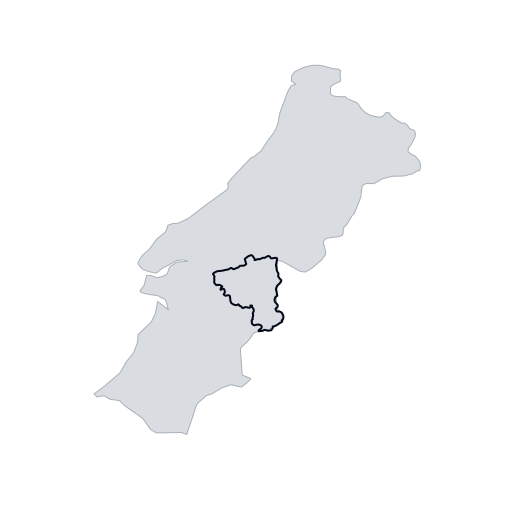 Portalegre highlighted on a map of Portugal, rotated 30°
{"feature_id": "PRT-747", "entity_name": "Portalegre", "entity_type": "District", "adm_level": 1, "iso_a3": "PRT", "parent_name": "Portugal", "parent_adm1": "", "projection": "orthographic", "projection_center": [-7.639, 39.223], "detail": "fine", "context": "in_parent", "style": "outline", "palette": "ink", "viewbox_px": 512, "rotation_deg": 30, "n_neighbors": 0, "source": "natural_earth", "source_scale": "10m", "svg_char_len": 5176}
<svg xmlns="http://www.w3.org/2000/svg" viewBox="0 0 512 512"><g transform="rotate(30 256 256)"><path d="M203.5,68.2L209.1,63.0L214.7,59.5L217.7,58.3L230.4,54.8L233.7,53.0L236.8,53.3L237.3,55.1L239.1,58.4L241.1,60.8L241.6,62.5L236.7,69.7L236.0,72.1L238.5,76.8L239.0,78.1L240.2,78.8L243.6,78.6L249.8,75.7L253.9,73.2L255.3,74.2L267.3,72.8L270.2,74.0L272.1,75.2L278.0,77.0L284.4,77.1L292.3,74.7L295.8,72.2L296.4,69.5L296.6,67.5L297.6,66.2L299.4,65.4L302.3,66.7L306.3,67.8L316.0,68.1L317.9,66.6L321.2,67.0L325.6,68.9L330.6,68.2L333.1,70.5L334.2,73.6L334.6,80.2L334.3,87.0L335.3,89.5L338.7,90.1L344.2,89.9L349.2,91.7L353.1,94.8L354.4,98.1L355.0,100.3L353.1,101.6L350.5,106.5L343.9,112.9L334.3,118.7L327.0,125.8L322.0,134.3L315.6,137.9L313.7,139.9L312.9,142.2L317.2,152.5L318.6,160.4L319.8,170.2L319.1,173.0L318.8,183.7L317.9,186.9L318.2,189.4L319.8,192.2L320.5,194.8L317.6,198.2L312.2,202.1L308.2,205.5L307.2,208.7L307.5,210.7L314.3,217.5L315.5,220.2L314.7,226.9L310.8,237.9L307.2,244.7L306.5,245.3L302.2,247.2L281.8,247.4L276.8,248.9L277.5,250.2L282.3,258.8L287.4,263.4L289.0,264.4L290.9,274.5L299.1,290.5L307.1,292.7L309.9,296.7L309.4,302.3L307.0,308.5L302.2,314.9L296.4,319.4L292.6,323.8L292.3,329.0L291.1,335.5L289.3,340.7L288.8,344.2L303.6,366.0L311.8,364.8L312.9,365.3L311.4,370.6L308.9,376.7L305.8,377.9L298.8,379.8L292.1,387.7L286.8,397.2L282.7,401.8L279.0,413.1L279.5,418.0L281.3,425.6L285.2,445.2L279.7,446.1L258.2,459.0L251.5,459.0L239.1,453.3L217.2,451.3L210.0,449.5L201.1,453.1L194.2,453.0L188.6,457.6L184.7,456.3L189.4,445.7L196.7,424.9L196.6,412.1L198.4,401.0L196.6,390.0L193.2,383.1L198.2,365.4L197.7,356.2L193.5,344.5L206.7,346.4L202.7,341.8L198.7,338.9L194.8,339.5L191.5,339.3L180.2,343.6L174.6,344.9L173.0,344.1L173.7,336.9L171.0,327.5L175.5,325.2L180.7,324.5L185.2,320.6L188.0,316.2L186.7,308.3L190.6,300.8L199.7,294.6L195.0,295.5L189.7,299.4L181.0,313.6L178.1,320.8L170.9,323.1L164.5,324.2L161.2,323.3L157.3,321.4L157.0,316.0L157.4,311.7L160.3,303.3L161.5,291.3L165.5,280.6L165.3,277.8L164.3,273.5L167.8,269.4L172.0,266.7L178.4,257.6L187.6,235.7L198.0,212.5L197.2,209.6L195.1,207.4L196.0,201.1L202.4,173.8L204.9,170.3L207.8,162.3L208.6,149.3L209.8,140.4L209.6,135.9L208.8,130.5L205.1,120.1L201.4,98.3L201.2,91.1L204.6,87.4L199.2,86.8L196.8,82.1L197.5,76.8L203.5,68.2Z" fill="#d9dde1" stroke="#a8b0b8" stroke-width="1"/><path d="M303.4,314.8L300.6,315.5L300.0,316.0L299.7,316.7L298.8,317.7L297.8,318.6L296.9,319.0L296.0,319.7L295.5,319.2L295.6,318.4L295.7,318.0L296.6,316.6L296.7,316.1L296.6,315.0L296.4,314.4L295.7,313.9L294.9,313.6L293.8,313.7L292.0,314.3L290.7,315.4L289.4,316.7L288.5,317.0L288.2,316.9L287.1,316.9L286.2,316.4L285.7,315.9L284.9,314.4L284.4,313.8L284.8,312.5L283.9,311.3L283.7,310.2L283.2,308.7L281.9,307.4L281.8,306.6L281.7,306.1L281.5,304.7L281.1,304.0L280.2,303.0L277.7,302.0L277.4,301.2L277.2,301.3L276.8,301.2L276.0,301.8L276.5,302.5L276.7,302.9L276.7,303.4L276.4,303.9L275.8,304.3L274.9,304.7L273.6,305.0L272.8,305.3L271.9,306.0L271.5,306.7L271.1,307.2L270.9,307.5L270.6,307.6L270.1,307.8L268.7,307.2L268.1,307.1L267.5,307.1L266.9,307.4L266.4,307.3L265.5,306.7L264.9,306.7L264.0,307.9L263.4,308.5L261.4,309.2L260.1,309.2L259.5,309.2L258.9,309.2L258.2,309.1L256.5,307.9L253.7,304.1L253.0,303.6L251.7,303.8L250.7,304.5L250.3,305.0L249.9,305.3L249.4,305.6L248.9,305.7L247.4,305.5L247.2,305.4L247.2,304.5L247.2,303.3L247.0,302.6L245.6,301.2L245.3,300.9L244.7,300.7L243.8,300.9L243.1,301.1L243.0,301.3L242.9,301.4L242.8,301.8L242.8,302.3L242.6,302.8L242.3,302.9L241.9,302.5L241.6,301.4L241.8,300.4L242.0,299.9L242.0,299.4L241.1,299.1L239.4,299.2L238.9,299.3L238.4,299.6L237.4,300.0L236.2,301.1L233.5,300.2L232.7,299.4L232.5,298.9L232.3,298.3L231.9,297.4L231.2,296.8L230.9,296.2L230.7,295.6L230.5,294.8L229.9,294.3L229.3,293.8L227.8,293.1L227.9,291.8L229.7,289.0L230.5,288.2L233.9,285.8L237.6,282.4L239.0,281.2L239.7,279.6L240.5,278.8L241.1,278.6L242.3,278.8L243.2,278.6L243.6,278.2L243.9,277.9L244.1,277.5L245.6,275.7L246.5,274.4L246.7,273.8L246.9,272.7L247.4,272.3L250.3,270.4L251.5,268.4L251.5,267.9L251.2,267.4L250.2,266.7L247.8,264.1L249.1,260.7L250.4,258.7L251.5,257.7L252.3,257.5L253.5,257.8L256.0,259.1L256.8,259.9L256.9,260.1L257.2,259.9L257.5,259.7L258.7,258.3L259.1,257.9L260.4,257.2L261.3,256.2L262.2,255.0L263.1,253.9L264.3,253.4L264.7,252.9L265.3,251.7L266.1,250.4L267.1,249.6L268.5,249.7L269.5,250.3L270.5,250.4L271.9,249.4L272.7,248.6L273.7,247.9L274.9,247.4L275.5,247.7L276.0,248.8L278.0,254.3L279.1,255.3L280.9,257.7L282.0,258.7L284.0,259.8L284.5,260.5L285.1,262.2L286.1,262.9L287.4,263.6L289.9,264.2L290.4,265.0L290.4,266.7L290.1,268.5L289.6,269.7L289.3,270.8L289.3,272.5L289.6,274.2L290.1,275.2L291.2,276.1L294.3,279.8L293.5,281.2L293.4,282.9L293.9,284.5L294.7,285.7L296.2,286.6L297.9,287.0L299.4,287.7L300.1,289.2L300.0,290.0L299.4,291.5L299.4,292.2L300.1,292.8L301.0,293.3L301.9,293.5L302.7,293.2L304.1,292.3L305.7,292.1L307.3,292.5L308.8,293.5L309.8,294.4L310.6,295.8L311.0,297.4L310.6,298.7L311.3,299.3L311.4,300.0L311.1,300.8L310.5,301.6L308.5,305.6L307.1,307.6L305.8,308.7L306.6,310.2L306.3,311.5L306.4,312.6L305.9,312.9L305.2,313.6L304.4,314.3L303.4,314.8Z" fill="none" stroke="#020617" stroke-width="2"/></g></svg>